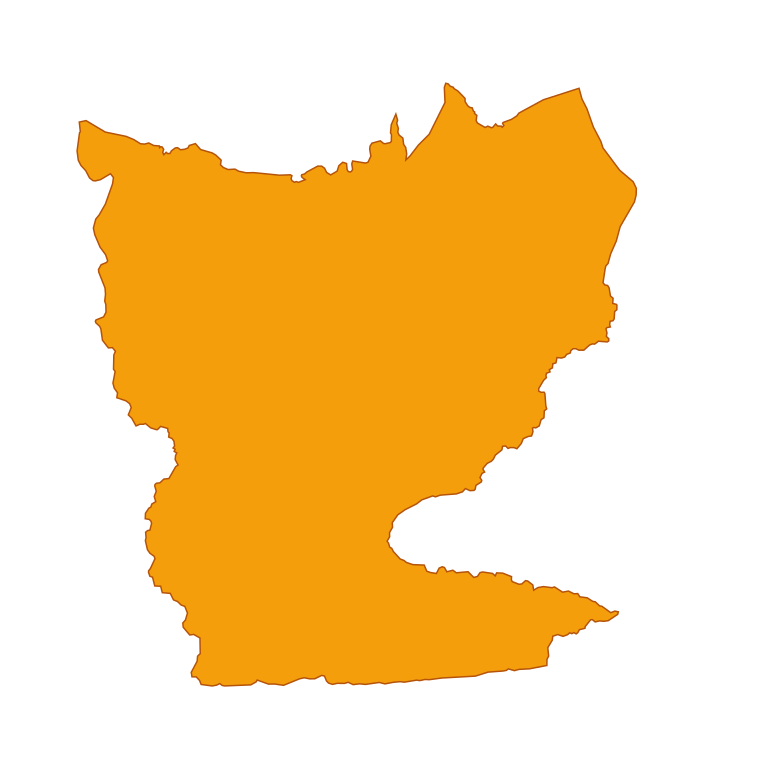 the district of Rio Quito (Paimadó), Chocó, Colombia, rotated 262°
{"feature_id": "7082276B43042384629965", "entity_name": "Rio Quito (Paimadó)", "entity_type": "district", "adm_level": 2, "iso_a3": "COL", "parent_name": "Colombia", "parent_adm1": "Chocó", "projection": "orthographic", "projection_center": [-76.811, 5.552], "detail": "fine", "context": "isolated", "style": "filled", "palette": "amber", "viewbox_px": 768, "rotation_deg": 262, "n_neighbors": 0, "source": "geoboundaries", "source_scale": "gbopen_adm2", "svg_char_len": 6140}
<svg xmlns="http://www.w3.org/2000/svg" viewBox="0 0 768 768"><g transform="rotate(262 384 384)"><path d="M649.7,618.3L643.3,581.4L633.5,555.3L631.0,552.8L628.3,547.0L626.4,538.3L625.4,537.7L623.3,538.7L621.8,536.8L623.0,536.1L623.7,532.3L626.0,530.8L623.1,527.5L622.8,526.1L624.9,522.7L624.0,519.8L629.4,512.9L631.9,511.9L637.1,513.3L639.3,511.3L640.6,511.7L641.9,510.5L645.2,509.8L646.0,507.4L647.9,505.6L652.4,503.6L655.5,504.0L663.8,498.0L667.0,494.2L668.1,494.1L669.7,491.0L672.3,489.3L673.2,487.0L669.2,485.0L654.3,483.6L625.0,463.5L615.9,451.4L606.2,441.5L602.8,436.8L608.7,438.5L615.2,438.4L618.5,436.8L624.9,436.9L628.4,433.6L631.5,432.7L635.1,433.8L640.5,432.9L643.4,434.2L649.6,433.3L639.8,427.3L631.8,425.4L629.9,426.1L623.2,425.0L622.2,423.7L621.8,418.6L622.2,417.1L625.3,414.2L624.2,405.6L621.5,403.3L618.5,402.5L611.4,402.7L605.8,399.0L605.4,396.3L609.2,384.0L606.4,382.7L600.9,382.8L599.1,381.4L598.6,379.8L599.5,378.1L601.5,377.3L607.6,377.6L609.3,374.0L606.5,369.7L601.3,367.2L598.5,360.3L601.5,356.6L605.9,355.2L608.4,352.6L609.0,348.7L604.7,337.1L603.0,334.5L602.7,331.7L601.6,331.1L600.0,331.6L597.3,334.4L595.6,327.4L596.7,325.2L596.2,323.4L598.2,321.1L600.3,320.6L603.1,321.8L604.2,320.4L605.3,309.7L611.5,284.2L612.3,277.0L615.0,269.6L617.5,266.4L618.1,259.4L620.7,255.1L623.8,252.6L628.3,253.9L634.0,249.4L636.8,245.9L641.7,235.0L648.3,230.7L647.3,224.3L645.1,222.9L644.2,219.3L644.3,215.1L646.8,212.4L646.8,210.1L644.5,206.0L642.1,204.1L642.3,201.8L643.8,200.5L641.7,197.9L644.1,197.1L647.1,198.5L649.6,197.3L650.1,195.9L649.3,194.7L651.0,194.6L652.2,189.2L655.4,184.6L654.9,180.3L655.8,176.3L660.9,170.2L665.1,163.1L672.3,143.0L686.3,125.6L685.8,118.7L676.2,118.4L675.0,117.4L657.5,112.5L648.1,112.4L642.6,114.3L636.8,118.3L629.0,121.1L625.9,124.1L625.3,126.4L625.8,131.6L630.3,142.4L626.1,144.8L620.1,143.1L600.9,133.1L591.0,125.4L587.4,121.5L578.8,117.9L572.0,118.4L559.0,121.9L550.8,126.3L544.6,127.5L543.0,126.3L541.5,120.5L537.1,117.2L534.5,117.1L518.0,121.1L511.6,120.7L505.0,119.0L501.3,119.6L493.8,118.7L489.5,115.7L487.5,107.7L486.3,106.9L484.7,107.2L480.8,110.4L478.0,111.3L466.5,111.3L458.1,116.1L457.8,120.1L453.8,122.6L450.3,120.5L436.3,118.2L433.9,119.5L422.6,115.7L417.4,116.3L412.4,118.9L407.6,117.5L403.2,126.2L399.9,129.4L395.8,130.4L389.0,126.5L385.1,129.5L377.0,132.6L378.1,136.6L377.6,140.4L378.1,142.2L373.0,146.9L370.4,152.4L370.4,153.4L373.1,156.9L370.1,163.6L366.8,163.5L365.3,164.4L361.4,163.4L359.5,166.5L356.7,168.0L351.7,168.0L350.0,166.2L348.5,168.1L346.5,166.8L344.6,169.2L342.1,167.6L338.2,166.7L332.4,168.8L331.1,166.2L320.3,157.8L320.5,152.8L317.3,148.3L317.4,144.8L316.4,143.3L315.0,142.8L309.4,143.5L304.6,140.8L299.2,141.6L297.5,137.4L294.5,135.9L293.8,133.9L289.2,129.8L283.8,128.8L282.5,132.8L280.5,134.2L278.2,134.4L271.8,131.8L271.8,129.6L270.4,127.3L264.9,127.0L262.1,125.9L252.8,126.7L248.9,128.7L245.4,132.4L242.9,132.9L233.8,127.0L231.8,124.9L230.3,124.6L226.2,125.4L224.9,127.9L215.9,128.9L214.8,134.7L208.2,135.4L206.4,143.2L199.5,145.5L197.4,149.2L193.4,152.3L191.5,155.8L184.5,157.5L177.9,154.5L175.3,151.5L171.1,151.3L162.5,156.7L162.5,160.7L158.1,166.4L142.6,164.5L140.4,161.5L135.5,160.4L125.3,153.0L120.7,153.1L120.1,157.3L116.1,160.1L111.9,161.1L108.9,171.8L109.1,176.4L110.2,179.7L108.0,181.8L107.2,184.1L104.6,210.2L106.8,215.9L108.5,217.2L102.9,227.8L102.1,234.0L99.6,242.6L103.8,259.3L104.2,264.1L102.4,269.3L101.7,274.4L104.1,281.7L103.1,284.4L98.0,285.7L95.6,287.4L93.7,291.2L94.1,296.0L93.0,303.3L93.6,307.0L90.6,311.6L90.5,318.1L89.1,323.7L89.1,337.8L86.9,343.2L87.3,351.8L87.0,358.5L85.9,362.7L86.2,375.2L85.3,378.1L85.7,383.5L84.9,387.7L84.8,400.4L82.0,433.9L84.2,446.8L83.2,462.1L83.4,465.4L84.6,467.5L82.0,473.2L82.6,478.0L81.7,488.5L82.6,506.1L88.7,507.1L91.7,509.2L100.1,509.5L106.9,515.0L110.7,516.0L111.7,521.1L109.2,526.2L110.2,530.9L111.8,533.3L110.6,535.3L111.4,537.4L109.8,539.5L110.7,541.2L113.5,543.3L114.1,549.0L115.7,549.4L121.8,555.8L121.6,557.6L119.0,560.0L119.4,564.5L118.4,568.7L118.4,573.1L123.4,583.4L125.8,584.3L127.0,581.0L126.0,576.7L133.6,568.8L134.3,566.6L138.9,562.9L139.8,560.3L144.0,555.5L146.0,548.3L149.5,546.7L149.8,542.9L153.3,537.8L153.0,531.9L159.3,524.6L158.9,522.1L161.2,513.7L161.0,508.1L159.0,503.5L164.3,503.4L168.9,498.9L169.6,496.8L166.8,492.6L166.9,489.8L170.5,483.4L172.6,482.9L175.5,483.5L180.2,475.2L181.3,469.2L178.5,467.5L181.3,465.1L184.1,455.6L183.9,452.9L180.4,449.7L180.0,445.9L186.4,441.1L187.0,429.3L190.0,426.3L189.3,420.1L193.9,418.3L194.9,416.2L194.0,413.0L189.1,409.5L190.8,403.9L192.7,400.3L199.1,398.6L201.1,387.5L204.2,381.3L206.5,379.2L208.5,375.6L216.9,369.9L220.2,368.8L221.7,366.9L225.6,366.4L227.9,365.2L231.9,368.3L236.1,368.8L240.9,372.5L245.5,372.9L252.5,379.4L256.6,387.4L260.8,399.7L264.0,405.3L266.4,416.6L265.1,419.3L266.1,424.2L265.1,440.4L266.3,446.7L269.1,450.1L266.4,454.3L266.1,458.4L267.2,459.7L270.8,460.9L273.5,466.8L275.1,467.4L278.0,466.0L281.9,468.7L282.8,471.4L285.9,470.1L286.9,470.5L291.0,475.1L292.6,479.6L294.4,481.9L298.0,484.3L302.4,491.6L305.8,492.7L305.7,495.8L302.9,497.9L303.5,500.0L302.9,503.9L301.4,506.6L306.0,511.7L310.5,514.3L312.0,519.5L312.0,522.9L316.1,524.9L319.6,524.9L320.1,526.3L319.4,528.2L320.9,531.9L326.8,534.6L328.3,537.7L335.1,539.0L336.7,541.7L339.5,541.2L352.1,542.0L353.6,541.4L353.9,538.4L355.5,536.2L358.0,536.6L365.5,542.6L367.7,545.7L369.8,545.5L372.0,546.4L372.9,550.1L375.2,549.7L376.5,553.0L380.5,554.0L381.0,557.2L386.1,559.0L385.0,563.4L385.6,566.8L387.9,569.0L388.8,572.8L391.0,573.6L392.6,576.1L392.2,579.0L390.4,581.6L389.7,586.6L394.0,593.0L394.7,595.9L394.2,598.2L396.5,602.3L394.6,610.9L395.3,612.5L397.5,612.9L400.2,610.8L403.5,611.9L407.8,611.5L408.8,612.6L409.0,616.1L411.2,615.7L414.6,616.6L414.8,619.6L416.5,621.0L423.7,622.5L425.1,624.9L429.6,625.6L430.4,625.4L432.0,621.7L437.1,622.8L439.6,620.5L447.9,620.3L450.5,619.1L451.3,616.5L453.8,615.0L467.6,619.1L470.2,620.2L472.1,622.6L481.4,626.6L493.2,633.9L507.0,639.8L529.4,657.3L536.1,660.0L542.6,661.1L549.6,658.9L562.9,647.1L587.3,633.7L594.1,632.5L609.3,627.1L628.2,623.3L638.7,619.7L649.7,618.3Z" fill="#f59e0b" stroke="#b45309" stroke-width="1.5"/></g></svg>